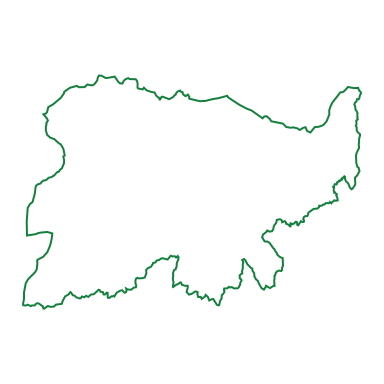 outline of Phonxay, Louangphrabang, Laos
{"feature_id": "54806243B12835501655609", "entity_name": "Phonxay", "entity_type": "district", "adm_level": 2, "iso_a3": "LAO", "parent_name": "Laos", "parent_adm1": "Louangphrabang", "projection": "equal_earth", "projection_center": [102.787, 19.886], "detail": "fine", "context": "isolated", "style": "outline", "palette": "green", "viewbox_px": 384, "rotation_deg": 0, "n_neighbors": 0, "source": "geoboundaries", "source_scale": "gbopen_adm2", "svg_char_len": 5921}
<svg xmlns="http://www.w3.org/2000/svg" viewBox="0 0 384 384"><path d="M358.2,87.9L354.1,88.1L347.9,87.0L345.1,90.3L342.9,92.1L340.4,92.3L332.3,102.7L330.5,106.5L329.2,110.3L329.3,114.6L326.6,121.3L323.3,125.1L318.6,126.8L314.8,127.1L310.4,132.5L307.1,131.0L305.5,127.2L303.2,127.8L299.7,130.0L297.5,128.4L293.5,127.4L290.3,127.7L286.3,127.0L282.9,123.6L271.3,121.3L270.0,119.2L266.8,116.3L264.3,116.4L262.6,118.3L251.4,110.4L247.0,108.8L239.4,104.8L228.3,97.5L227.2,95.8L218.8,98.1L212.2,99.2L205.5,100.9L200.0,101.2L189.6,98.8L189.1,98.2L189.3,96.8L187.9,94.6L186.7,95.5L186.0,95.5L185.7,96.1L184.9,95.8L182.9,94.1L182.6,92.2L181.2,91.9L180.0,90.5L177.3,91.8L175.8,93.7L175.8,94.5L174.3,95.5L173.2,97.0L169.2,99.2L162.3,96.6L161.4,97.1L160.1,99.4L159.5,99.4L159.5,97.9L157.9,97.3L156.0,95.3L154.5,92.4L151.8,92.1L146.7,90.4L143.9,87.7L142.7,89.4L138.2,88.5L137.5,87.7L137.6,83.8L137.1,81.1L135.7,79.2L129.7,79.1L128.1,78.1L124.9,79.6L123.3,81.5L122.5,83.5L120.1,83.4L118.2,81.8L114.7,76.6L107.0,78.0L105.2,77.8L101.7,75.8L99.0,75.5L97.9,77.3L97.2,80.5L94.4,84.2L92.9,85.2L91.0,85.3L87.4,84.5L84.6,87.1L78.9,87.2L76.8,85.9L69.9,87.8L64.2,91.8L64.0,93.3L60.7,98.0L53.0,104.4L48.3,107.1L47.0,112.2L45.9,113.5L43.4,114.3L47.0,118.5L47.9,120.6L46.3,123.1L46.6,123.9L45.9,126.3L45.8,130.4L47.2,134.9L50.3,137.7L54.3,139.1L58.9,143.3L60.8,144.4L63.4,148.9L64.7,155.5L63.3,156.5L64.1,160.2L64.0,163.2L61.9,168.3L59.6,170.1L59.5,170.9L58.7,171.7L57.5,172.0L56.2,173.1L54.0,175.7L53.3,175.7L51.9,177.0L49.1,177.6L47.6,178.6L47.4,179.2L45.1,180.4L43.4,180.5L41.7,181.9L40.5,183.5L37.9,184.3L36.3,185.5L35.6,187.1L34.8,193.7L32.5,202.1L30.0,204.0L27.7,208.0L26.7,221.4L27.0,235.5L35.5,234.2L38.1,233.1L41.5,232.5L47.3,232.0L52.3,233.4L51.7,238.7L50.8,242.8L49.8,246.3L47.3,252.2L43.2,256.8L37.5,259.8L37.1,260.9L37.4,263.2L36.8,269.0L35.1,272.2L28.2,279.1L25.8,283.1L24.0,292.5L24.0,298.8L23.0,304.1L23.3,305.3L25.9,305.5L27.8,304.7L30.7,306.1L31.7,305.5L34.8,305.4L35.6,304.1L37.0,303.3L38.5,303.3L43.0,306.5L43.4,308.5L44.5,308.5L47.8,306.0L50.2,306.8L53.9,306.6L56.0,304.6L61.7,303.9L62.5,301.4L65.0,296.5L68.6,294.4L70.3,292.1L71.2,292.7L72.8,295.3L74.5,295.6L76.4,297.4L79.8,298.5L80.7,298.3L81.9,296.5L84.3,297.3L86.1,295.8L88.3,296.9L91.2,294.4L93.7,294.3L98.8,289.7L99.8,290.2L100.5,291.8L103.0,292.2L103.4,294.0L104.0,294.6L105.1,294.4L106.6,292.7L107.6,292.8L107.7,297.3L108.1,297.9L109.5,297.9L111.3,296.3L112.3,296.5L113.7,295.8L114.4,296.4L116.6,292.8L120.3,290.6L122.3,290.3L124.2,292.5L124.9,292.7L126.0,292.2L126.3,291.3L126.5,289.6L126.2,288.6L127.7,289.5L131.2,289.7L133.8,287.6L135.9,287.3L136.2,285.5L135.5,283.5L135.4,280.6L136.2,278.4L137.3,277.8L138.7,278.4L143.1,278.1L144.8,277.4L146.4,273.1L146.1,270.0L147.6,268.3L150.9,266.8L152.7,264.2L153.1,263.0L155.4,262.4L156.7,260.5L159.1,260.0L161.4,258.4L162.9,258.3L167.6,259.5L170.8,255.7L172.6,256.5L174.7,256.2L176.0,257.5L177.6,256.1L178.0,257.6L178.5,257.5L178.3,259.5L176.8,263.0L176.6,266.9L175.9,267.9L175.7,269.3L174.0,270.1L172.9,273.6L173.3,275.4L172.8,278.7L173.5,282.4L172.9,286.9L173.1,287.1L176.5,284.5L177.5,284.4L180.4,282.4L181.0,282.5L181.9,284.8L185.2,285.8L187.7,285.8L187.7,287.9L186.6,292.0L189.1,294.6L192.2,293.6L194.9,291.6L195.9,291.5L197.7,292.1L197.4,294.2L198.2,297.0L200.7,296.9L201.7,298.9L204.9,296.6L205.6,294.9L207.9,296.9L209.3,300.5L211.9,299.1L213.4,299.1L216.8,304.7L218.4,305.4L219.2,305.0L220.1,301.0L221.6,298.3L221.8,295.0L222.8,294.4L224.1,292.5L224.5,291.0L223.9,290.3L224.2,288.5L227.3,288.3L228.9,286.8L229.9,287.5L231.7,287.1L234.1,288.4L237.4,288.3L238.0,288.1L239.1,286.8L239.3,285.8L240.0,285.0L240.5,282.2L241.6,280.5L241.2,279.4L239.8,278.4L239.6,275.5L241.1,273.9L242.3,273.5L242.0,271.1L242.8,268.5L242.8,264.1L243.4,262.1L242.2,260.0L243.7,259.2L244.2,259.1L245.3,260.1L247.5,264.4L251.0,267.9L252.3,268.6L252.5,270.8L254.1,273.0L254.5,276.9L255.2,277.5L255.8,279.2L257.8,280.8L258.9,283.5L261.6,288.3L263.9,289.6L265.7,287.0L266.0,285.8L270.0,288.1L273.6,285.8L274.5,285.9L274.2,280.4L274.6,278.1L274.4,276.0L275.2,275.3L275.6,273.2L277.0,271.4L278.8,270.6L281.2,271.0L282.0,270.1L282.1,267.7L283.0,265.9L282.7,258.2L279.5,256.8L277.2,254.5L276.5,252.5L275.5,251.5L274.2,248.9L273.4,248.4L269.6,242.9L267.5,241.6L264.6,241.4L262.1,237.2L263.2,234.4L266.3,232.0L267.2,230.5L269.2,231.6L272.1,231.2L273.3,229.0L273.9,225.9L276.2,222.9L276.8,219.9L279.3,219.3L280.8,219.5L281.7,220.3L282.2,222.3L284.7,221.1L286.0,222.6L286.0,223.7L288.7,224.8L289.8,226.3L290.5,226.3L290.6,223.3L292.7,224.3L293.6,223.5L294.4,223.4L295.5,221.8L296.7,221.9L297.1,222.8L297.2,224.8L298.3,225.3L300.9,221.2L302.2,222.0L303.7,221.9L304.1,220.5L303.2,219.1L304.0,216.9L305.2,216.2L307.3,216.0L308.1,214.5L308.2,213.2L308.6,212.5L313.6,208.9L317.3,208.6L319.0,207.2L319.2,205.7L320.7,205.9L322.4,205.3L323.2,204.5L324.3,204.6L325.9,203.1L328.7,203.2L329.3,203.0L329.9,201.9L331.4,203.3L332.5,201.7L333.5,201.3L334.3,200.3L335.9,200.8L337.7,200.4L337.3,197.7L336.2,195.3L336.9,194.2L335.1,193.0L334.8,192.3L334.2,192.6L333.7,190.3L333.9,188.4L333.3,187.1L334.0,187.2L334.3,185.0L334.8,184.1L336.4,184.5L336.9,184.0L337.0,182.4L337.9,182.2L338.7,180.9L339.6,181.2L339.8,180.5L340.6,180.5L341.1,179.6L341.7,179.7L341.7,178.9L342.3,178.9L342.5,177.8L343.0,177.8L344.3,176.3L345.0,176.9L344.9,178.5L345.9,181.1L348.3,183.6L349.9,187.6L350.8,188.6L351.5,189.3L352.3,188.9L354.7,185.6L355.3,183.9L355.0,177.7L357.2,175.4L359.5,171.1L358.6,167.7L357.6,167.1L356.7,164.9L356.3,162.6L356.0,155.4L356.8,152.5L359.1,147.9L358.7,144.1L359.1,142.2L359.1,138.8L360.0,135.6L360.0,134.3L357.5,131.9L356.8,130.6L356.6,127.0L355.8,125.9L356.5,124.1L356.3,120.6L357.8,119.4L357.2,117.8L357.6,117.0L357.3,115.4L357.5,113.4L356.7,111.2L355.5,109.6L355.1,106.0L354.3,104.3L355.3,102.4L356.5,101.5L357.0,99.2L358.7,99.3L359.2,98.5L359.9,95.5L361.0,93.2L360.6,91.8L359.5,90.9L358.5,89.2L358.2,87.9Z" fill="none" stroke="#15803d" stroke-width="2"/></svg>